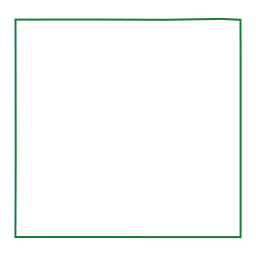 outline of Neosho, Kansas, United States of America
{"feature_id": "52423323B71626623593789", "entity_name": "Neosho", "entity_type": "district", "adm_level": 2, "iso_a3": "USA", "parent_name": "United States of America", "parent_adm1": "Kansas", "projection": "robinson", "projection_center": [-95.334, 37.559], "detail": "fine", "context": "isolated", "style": "outline", "palette": "green", "viewbox_px": 256, "rotation_deg": 0, "n_neighbors": 0, "source": "geoboundaries", "source_scale": "gbopen_adm2", "svg_char_len": 257}
<svg xmlns="http://www.w3.org/2000/svg" viewBox="0 0 256 256"><path d="M15.5,19.6L15.7,155.6L15.4,237.0L17.6,237.0L90.7,237.0L240.6,237.1L240.6,55.9L240.5,19.8L221.5,18.9L165.5,19.8L91.0,19.5L15.5,19.6Z" fill="none" stroke="#15803d" stroke-width="2"/></svg>